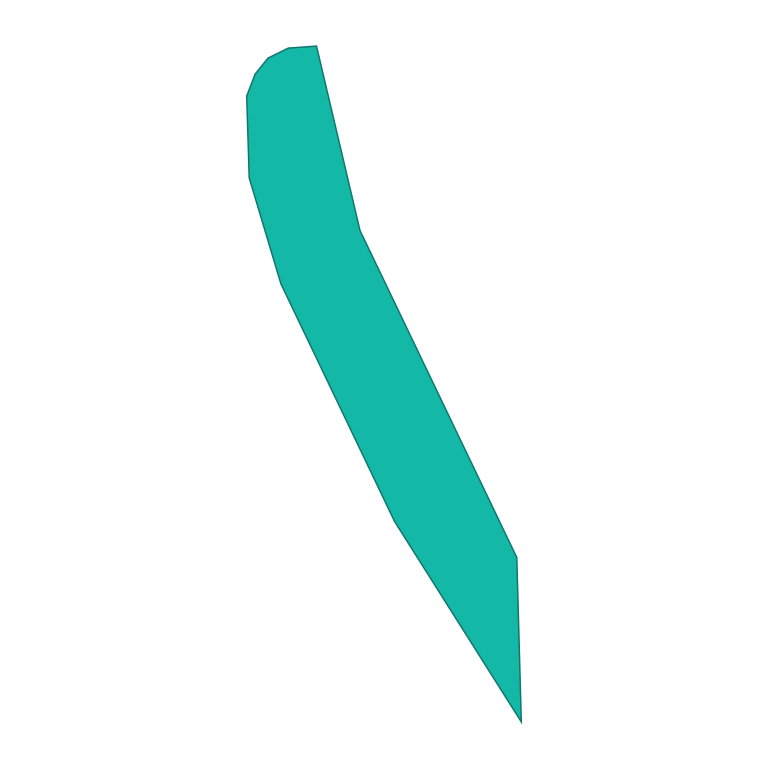 map outline of Agaléga (Equal Earth projection)
{"feature_id": "MUS-5180", "entity_name": "Agaléga", "entity_type": "Dependency", "adm_level": 1, "iso_a3": "MUS", "parent_name": "Mauritius", "parent_adm1": "", "projection": "equal_earth", "projection_center": [56.538, -10.365], "detail": "fine", "context": "isolated", "style": "filled", "palette": "teal", "viewbox_px": 768, "rotation_deg": 0, "n_neighbors": 0, "source": "natural_earth", "source_scale": "10m", "svg_char_len": 270}
<svg xmlns="http://www.w3.org/2000/svg" viewBox="0 0 768 768"><path d="M246.7,96.0L255.2,74.0L268.0,58.1L288.3,48.1L316.5,46.1L360.0,230.5L516.8,557.5L521.3,721.9L394.6,521.5L280.9,283.8L249.2,177.9L246.7,96.0Z" fill="#14b8a6" stroke="#0f766e" stroke-width="1.5"/></svg>